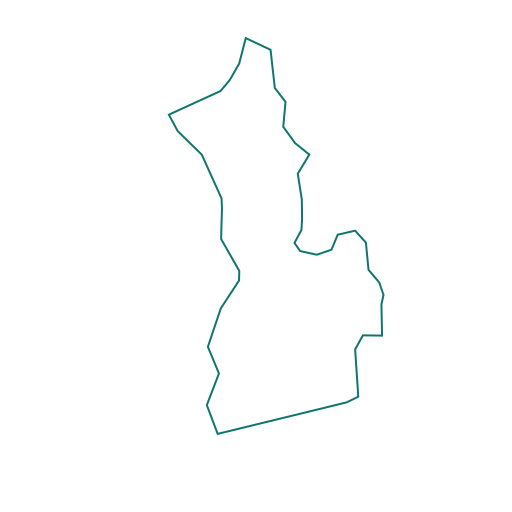 outline of Goochland, Virginia, United States of America, rotated 230°
{"feature_id": "52423323B67419476336365", "entity_name": "Goochland", "entity_type": "district", "adm_level": 2, "iso_a3": "USA", "parent_name": "United States of America", "parent_adm1": "Virginia", "projection": "equal_earth", "projection_center": [-77.893, 37.734], "detail": "fine", "context": "isolated", "style": "outline", "palette": "teal", "viewbox_px": 512, "rotation_deg": 230, "n_neighbors": 0, "source": "geoboundaries", "source_scale": "gbopen_adm2", "svg_char_len": 715}
<svg xmlns="http://www.w3.org/2000/svg" viewBox="0 0 512 512"><g transform="rotate(230 256 256)"><path d="M82.5,243.9L120.7,271.9L126.5,286.9L114.0,301.4L138.1,320.8L144.3,328.7L156.5,333.4L173.1,333.3L195.6,348.8L211.7,348.2L219.8,332.3L212.3,317.9L217.9,303.4L231.4,293.0L241.3,293.9L246.7,307.5L254.6,315.0L269.8,327.4L292.2,340.9L299.4,362.0L317.2,358.5L337.4,359.9L355.1,377.7L372.6,378.4L404.6,399.7L429.5,388.2L414.2,366.8L407.6,348.8L405.2,334.9L420.3,280.1L402.0,276.3L368.5,279.6L322.2,266.6L313.8,260.1L298.5,246.4L291.4,240.2L255.3,233.6L248.1,227.2L238.5,195.4L217.4,160.8L189.8,152.1L186.1,145.4L173.4,122.5L144.4,112.3L85.6,231.4L82.5,243.9Z" fill="none" stroke="#0f766e" stroke-width="2"/></g></svg>